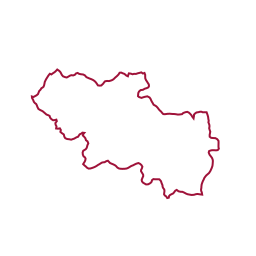 Campos Altos, Minas Gerais, Brazil, rotated 122°
{"feature_id": "56859067B3619402154228", "entity_name": "Campos Altos", "entity_type": "district", "adm_level": 2, "iso_a3": "BRA", "parent_name": "Brazil", "parent_adm1": "Minas Gerais", "projection": "robinson", "projection_center": [-46.195, -19.611], "detail": "fine", "context": "isolated", "style": "outline", "palette": "rose", "viewbox_px": 256, "rotation_deg": 122, "n_neighbors": 0, "source": "geoboundaries", "source_scale": "gbopen_adm2", "svg_char_len": 4257}
<svg xmlns="http://www.w3.org/2000/svg" viewBox="0 0 256 256"><g transform="rotate(122 128 128)"><path d="M157.7,94.1L158.8,91.9L159.5,90.5L160.7,89.6L162.7,89.3L164.8,88.9L165.9,87.8L166.4,86.3L166.3,82.8L165.1,81.1L163.6,80.2L162.4,79.7L161.1,79.5L159.5,80.0L157.9,79.4L157.1,77.8L156.0,76.1L154.9,74.2L155.6,71.9L157.1,70.1L158.2,68.5L159.5,67.5L160.3,66.3L160.9,64.7L162.1,63.7L163.6,63.0L165.1,62.3L165.7,61.1L165.8,59.3L166.6,57.6L165.5,56.5L164.0,57.1L162.7,56.9L161.4,56.2L159.5,55.0L157.7,54.8L156.2,54.7L154.7,53.9L154.9,51.6L154.2,49.6L153.3,48.1L153.0,46.1L152.9,44.1L152.6,42.4L151.9,40.6L151.1,38.6L149.7,36.7L148.0,35.2L147.1,34.1L146.3,32.2L145.2,29.8L143.5,31.3L142.5,32.7L141.2,33.6L140.0,34.0L138.8,34.7L136.9,35.6L134.8,36.1L133.2,36.4L131.6,36.5L130.0,36.8L128.4,36.7L126.7,36.5L124.8,35.9L123.1,35.4L120.5,35.4L119.1,35.6L117.6,35.8L115.4,36.3L113.7,37.1L112.2,37.9L110.9,38.6L109.8,39.6L108.8,41.0L108.1,42.8L107.4,44.7L106.1,46.5L104.7,47.0L103.5,46.2L102.4,45.1L101.3,43.4L100.3,41.5L99.2,40.2L97.4,40.0L96.3,41.1L95.2,41.8L93.7,42.7L92.5,43.4L91.0,44.4L90.2,46.4L90.3,48.5L91.3,50.3L92.3,52.3L92.1,54.1L90.6,55.1L89.0,55.7L87.5,56.3L86.4,57.7L85.1,59.1L83.9,59.5L82.4,60.5L81.4,61.7L80.5,62.9L79.2,63.3L77.7,64.7L76.2,65.9L75.0,67.2L74.1,68.3L73.0,69.7L74.1,71.5L75.0,72.8L75.3,74.3L76.0,75.5L77.1,76.5L78.6,78.2L80.4,78.9L81.7,79.1L82.9,78.4L85.1,77.5L84.4,79.4L83.6,80.9L83.0,82.9L82.7,84.6L82.9,86.3L84.2,87.7L86.0,89.1L87.6,89.5L89.2,91.4L90.3,93.1L90.9,94.6L91.7,96.3L92.7,98.0L93.7,100.0L94.8,101.7L95.8,102.9L96.8,104.1L97.5,105.5L97.1,107.1L96.5,108.8L96.3,110.2L95.9,111.6L95.1,113.6L94.6,115.5L94.6,117.1L94.7,118.6L93.8,120.2L93.0,121.8L92.2,123.1L91.3,124.4L90.7,125.9L90.9,128.4L92.7,130.3L93.9,131.4L95.3,132.5L95.9,135.0L95.7,136.4L94.3,137.1L92.9,137.8L91.3,138.0L89.2,137.4L87.7,135.6L85.8,134.6L84.2,133.2L82.8,132.3L81.3,132.4L80.0,133.5L79.3,135.0L78.5,136.6L77.9,138.0L76.8,139.6L75.4,140.6L73.8,141.6L72.6,143.2L73.9,144.2L73.8,146.2L75.1,147.4L76.2,148.5L77.9,149.9L79.0,151.7L80.0,152.6L80.4,154.4L81.2,156.2L82.8,155.9L84.2,155.5L84.4,157.2L84.0,159.7L84.4,161.5L84.6,163.1L85.6,164.4L87.7,164.4L89.9,164.9L92.1,165.6L93.9,166.0L95.4,166.6L96.8,167.6L98.3,169.0L99.2,170.7L100.5,172.2L102.2,172.5L103.5,172.5L104.8,172.9L106.0,173.1L107.1,174.5L107.8,176.1L107.0,177.8L106.3,179.5L105.9,181.2L105.8,182.8L106.0,184.8L106.5,187.3L106.9,190.2L106.2,192.6L106.4,194.4L107.4,196.5L108.0,198.2L108.0,199.9L109.3,201.0L111.1,201.3L112.5,202.4L113.2,204.0L114.4,205.0L116.0,205.8L117.6,206.7L118.2,208.3L118.6,210.5L118.0,212.3L117.2,213.6L116.5,214.8L116.0,216.5L115.9,219.0L117.6,219.3L119.5,219.8L121.4,220.7L123.2,221.4L123.4,223.0L124.7,223.2L126.2,223.3L127.6,223.3L130.2,223.3L133.0,223.0L134.8,222.3L136.2,221.8L137.8,221.5L139.0,221.9L140.1,222.5L141.9,222.5L143.7,222.9L145.4,222.6L147.0,222.3L148.8,222.9L150.2,223.7L151.8,224.6L152.2,226.2L153.4,225.3L154.4,223.4L155.7,221.7L156.2,220.1L156.3,218.6L157.1,217.3L158.2,215.9L159.3,214.1L159.3,212.2L159.0,209.3L159.4,206.6L159.8,204.3L159.4,202.4L159.3,200.9L160.5,199.5L161.1,197.6L161.1,195.6L160.2,194.4L158.9,193.2L159.9,192.0L162.3,192.2L163.6,191.1L164.5,189.5L166.5,188.7L165.7,187.0L164.4,185.6L165.3,183.9L167.1,183.3L167.4,181.5L167.5,179.0L169.1,177.4L169.9,175.8L169.6,173.8L168.6,171.7L168.0,170.0L166.6,168.9L165.4,167.9L164.2,167.3L163.1,166.7L161.9,165.7L160.5,165.7L158.9,165.6L157.5,164.6L156.1,164.2L155.3,162.5L156.8,162.7L158.3,162.3L158.6,160.7L159.3,158.7L160.6,157.2L160.8,155.2L162.1,153.5L164.1,153.3L165.6,152.8L166.8,152.5L168.4,152.6L169.6,153.2L171.0,153.9L172.8,153.5L174.5,152.2L175.6,150.6L175.7,149.0L176.4,147.8L177.7,147.2L179.2,146.9L180.9,146.9L182.4,146.9L182.8,145.1L183.0,143.4L183.4,141.7L183.3,139.9L182.4,138.6L181.2,137.5L179.7,136.3L177.9,135.1L176.5,134.4L175.1,133.8L173.9,133.1L172.6,132.5L171.2,131.8L170.3,130.9L169.4,129.7L167.6,128.8L166.4,127.7L166.8,126.2L167.2,124.7L167.0,123.2L166.7,121.5L166.5,119.6L166.6,118.1L167.2,116.0L167.1,114.1L166.4,112.5L165.6,111.1L164.5,109.4L163.1,107.7L161.7,106.7L160.3,106.0L158.5,105.1L156.9,103.9L155.5,103.1L153.8,102.0L152.2,100.6L152.0,98.8L152.3,97.0L153.2,95.3L155.0,94.8L156.6,94.7L157.7,94.1Z" fill="none" stroke="#9f1239" stroke-width="2"/></g></svg>